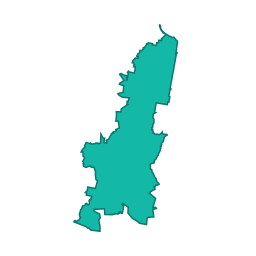 Cajeme, Sonora, Mexico (orthographic projection), rotated 190°
{"feature_id": "50627088B55072426150825", "entity_name": "Cajeme", "entity_type": "district", "adm_level": 2, "iso_a3": "MEX", "parent_name": "Mexico", "parent_adm1": "Sonora", "projection": "orthographic", "projection_center": [-109.903, 27.712], "detail": "fine", "context": "isolated", "style": "filled", "palette": "teal", "viewbox_px": 256, "rotation_deg": 190, "n_neighbors": 0, "source": "geoboundaries", "source_scale": "gbopen_adm2", "svg_char_len": 5690}
<svg xmlns="http://www.w3.org/2000/svg" viewBox="0 0 256 256"><g transform="rotate(190 128 128)"><path d="M145.6,179.5L140.2,174.1L143.9,170.6L144.0,169.5L139.5,168.9L139.0,162.2L142.8,160.7L143.9,160.0L142.3,158.5L139.4,157.7L139.2,157.4L132.0,157.9L132.8,153.4L133.5,153.7L133.0,151.9L133.3,151.4L132.9,151.1L132.4,151.1L138.0,145.6L137.7,142.7L142.4,142.0L141.6,139.1L141.1,132.6L138.9,133.2L136.6,126.8L137.5,126.0L138.7,125.1L138.8,124.8L139.7,124.4L139.0,123.3L140.3,122.3L141.4,122.0L141.9,121.3L142.3,121.1L141.5,120.2L143.1,119.6L143.3,119.4L143.5,118.6L144.7,115.4L144.8,114.2L145.0,113.6L146.6,112.6L147.2,112.3L147.3,112.2L147.2,111.8L146.8,111.6L146.8,111.2L146.6,111.0L146.5,110.7L146.4,110.0L146.6,109.6L146.4,109.4L146.4,109.2L148.2,109.6L148.2,109.4L148.7,109.4L148.9,109.8L149.2,109.9L149.3,113.9L150.2,113.5L152.0,115.3L153.6,117.4L152.5,108.1L154.3,107.5L154.8,107.6L155.1,108.0L155.6,107.8L155.7,107.5L155.9,107.6L156.5,107.8L157.3,107.5L157.7,106.9L158.8,106.7L159.9,106.0L160.3,105.9L161.0,106.2L162.3,106.7L162.4,106.4L162.4,106.0L166.3,106.5L167.1,105.7L167.1,104.5L167.7,103.5L167.2,102.1L169.7,97.7L170.0,96.2L168.2,96.5L167.4,92.5L167.0,92.5L166.7,92.1L165.9,91.5L165.6,90.7L166.8,87.3L166.4,87.2L165.3,85.2L166.0,85.0L165.1,82.6L162.9,82.0L162.2,82.0L160.6,83.2L158.0,84.1L157.6,83.1L154.7,83.3L152.4,79.3L152.0,76.1L150.8,72.1L150.5,71.7L148.9,70.6L149.6,62.9L154.1,62.8L157.4,62.9L157.2,59.6L158.9,57.0L157.3,56.5L157.4,54.6L151.9,54.5L151.8,54.3L151.8,54.2L151.8,53.3L152.3,52.6L152.3,52.1L152.0,51.5L152.0,51.1L152.6,50.6L153.4,50.6L153.6,50.2L153.6,49.6L153.8,49.5L153.8,49.3L153.1,48.8L153.0,48.3L153.0,46.2L153.3,45.7L153.7,45.4L154.5,45.6L155.6,46.6L155.8,46.6L156.1,46.3L156.6,46.1L156.7,45.8L156.5,45.4L157.1,44.4L158.4,43.5L159.1,43.5L159.3,43.2L159.4,42.8L159.3,42.1L159.6,41.1L160.0,39.9L160.4,39.3L160.6,37.9L160.5,37.0L160.5,36.5L161.0,35.7L160.8,35.3L160.9,35.0L160.5,33.8L160.5,33.0L159.9,32.2L159.6,32.0L159.3,32.1L159.1,31.5L159.6,30.6L159.6,30.2L160.0,29.6L160.1,29.1L161.0,28.6L161.4,27.9L161.9,27.4L163.3,27.2L164.2,27.7L165.0,26.7L164.9,26.1L152.7,23.7L151.8,23.4L151.6,23.2L150.5,22.5L148.4,22.5L147.2,21.0L137.6,21.4L138.6,26.5L140.8,32.3L139.7,34.6L141.0,38.4L147.1,40.2L147.7,41.9L137.2,44.3L135.8,38.8L128.2,39.9L127.5,40.6L126.9,40.4L126.4,40.9L126.0,40.9L125.9,41.4L125.4,41.3L123.5,41.9L123.0,41.4L122.7,41.8L122.3,42.2L122.1,42.6L121.7,42.7L121.7,43.0L122.2,43.0L122.3,43.1L122.2,43.7L121.9,44.1L121.5,43.8L121.4,44.2L120.8,44.3L120.5,43.8L120.8,43.5L120.1,42.9L118.7,43.1L118.7,51.3L118.9,51.5L119.8,50.8L120.9,51.7L120.0,52.9L119.7,52.8L114.1,50.1L113.3,44.3L108.4,40.1L106.6,39.3L102.1,37.5L100.2,36.2L93.0,36.1L93.6,43.0L93.2,43.4L87.2,44.9L89.4,52.1L86.0,53.6L86.2,54.0L86.5,53.9L87.2,54.7L89.7,53.9L88.6,63.5L95.5,67.5L95.0,68.3L94.9,69.2L94.3,69.5L92.3,71.3L91.3,71.8L90.7,72.5L91.1,73.6L92.2,74.4L91.7,74.7L91.9,74.9L91.8,75.0L91.3,75.4L91.0,75.4L90.6,76.6L89.4,76.7L87.6,77.8L87.8,78.4L88.3,78.9L89.7,79.8L91.1,81.6L91.4,83.0L92.3,83.5L92.5,83.6L92.7,84.0L93.5,84.8L93.8,85.6L94.2,85.9L94.7,86.9L95.4,87.4L95.7,88.2L96.2,88.4L96.8,89.5L97.3,90.0L97.3,90.3L97.1,90.6L97.2,90.8L97.7,91.4L98.8,91.4L99.1,91.6L99.1,91.8L99.0,92.5L99.2,93.3L99.1,93.6L99.4,93.9L99.5,94.5L99.7,94.8L99.9,95.4L99.6,95.7L99.8,96.3L99.5,96.7L96.6,97.9L96.2,98.2L96.2,99.8L96.4,100.2L96.5,100.7L95.4,101.7L94.9,102.6L94.8,103.5L94.4,104.5L94.5,105.1L93.5,106.4L93.6,107.8L92.9,109.3L92.3,112.2L92.4,112.8L92.2,113.4L92.4,113.8L92.2,114.2L93.0,115.4L92.9,115.6L92.1,115.8L92.1,116.2L92.4,116.9L92.1,117.4L92.3,117.8L92.0,118.0L92.3,119.3L92.2,119.5L91.4,120.0L91.0,120.6L90.6,124.6L90.7,125.0L90.0,126.1L89.9,126.6L89.6,126.9L88.6,127.3L88.2,127.8L88.2,128.2L88.6,128.5L89.2,128.0L89.5,128.2L92.6,128.2L93.4,129.3L93.6,130.0L95.2,127.5L96.2,126.8L97.4,127.1L97.8,126.9L98.4,127.1L99.3,126.5L100.0,126.5L100.5,126.7L101.3,127.5L102.0,127.6L102.8,127.5L102.6,127.9L102.6,128.8L103.3,130.0L103.4,131.0L103.8,131.0L104.2,130.7L104.1,131.3L104.6,132.1L104.6,132.3L103.6,133.5L104.2,134.7L103.9,136.3L103.7,136.7L103.4,137.5L103.5,139.3L103.9,139.9L103.9,141.0L105.1,142.4L105.4,142.6L105.2,142.8L105.6,143.7L105.5,144.3L105.3,144.4L105.3,144.6L105.7,145.3L105.6,145.5L105.4,146.0L105.1,146.7L104.1,147.4L103.8,147.7L104.6,147.5L104.5,148.2L104.6,157.7L93.3,157.8L93.3,160.6L92.2,160.6L92.2,166.0L92.3,166.1L93.3,166.2L93.3,173.3L92.5,173.3L92.5,174.0L93.4,174.0L93.2,208.5L93.8,208.5L93.8,209.6L92.9,209.5L92.7,210.6L93.8,210.6L94.3,222.0L95.4,222.7L98.6,225.4L100.2,224.8L100.4,225.0L101.3,225.2L101.7,225.5L103.1,225.6L108.0,227.6L110.3,229.0L111.5,229.8L112.6,231.1L113.2,232.2L113.9,234.4L114.4,235.0L114.8,235.0L114.8,234.2L114.5,233.8L114.3,233.3L113.7,232.4L113.4,231.5L111.8,229.4L111.3,229.1L110.8,228.7L110.3,228.3L110.1,227.8L109.2,227.6L108.2,227.3L107.2,226.6L107.0,226.2L110.3,222.1L110.5,221.8L110.3,221.6L110.4,221.3L110.1,221.4L110.1,219.8L112.9,219.8L112.9,217.0L114.6,217.0L114.5,214.2L118.5,214.1L118.4,215.4L122.9,215.4L122.9,214.1L124.2,214.1L123.9,213.6L124.7,212.4L124.9,211.8L125.4,211.2L125.5,210.4L125.7,209.9L126.9,209.9L126.9,207.8L127.9,206.8L127.8,206.6L129.7,206.6L129.7,204.6L130.0,204.3L130.0,203.5L130.3,202.9L131.1,202.9L131.1,201.8L131.4,201.6L131.8,200.8L131.8,200.1L130.4,200.1L130.4,198.3L132.9,198.3L133.3,197.7L133.2,197.2L133.2,196.9L134.0,196.4L134.4,195.8L134.8,195.5L135.2,193.0L134.8,193.0L134.7,193.6L134.4,193.6L132.6,191.6L133.2,191.6L133.2,189.2L131.3,189.2L131.3,183.3L136.8,183.4L137.4,184.1L138.2,182.7L137.2,181.8L137.2,175.0L137.9,175.0L138.1,179.4L141.6,179.5L142.5,179.9L143.9,180.3L144.2,180.5L144.5,180.1L145.4,179.8L145.6,179.5Z" fill="#14b8a6" stroke="#0f766e" stroke-width="1.5"/></g></svg>